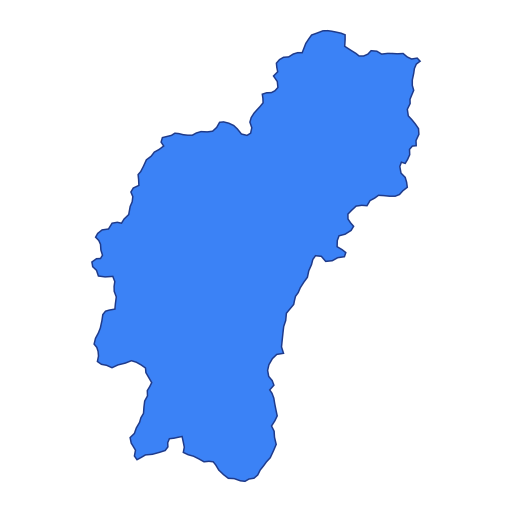 Abre Campo, Minas Gerais, Brazil
{"feature_id": "56859067B55300452667889", "entity_name": "Abre Campo", "entity_type": "district", "adm_level": 2, "iso_a3": "BRA", "parent_name": "Brazil", "parent_adm1": "Minas Gerais", "projection": "orthographic", "projection_center": [-42.441, -20.281], "detail": "fine", "context": "isolated", "style": "filled", "palette": "blue", "viewbox_px": 512, "rotation_deg": 0, "n_neighbors": 0, "source": "geoboundaries", "source_scale": "gbopen_adm2", "svg_char_len": 3494}
<svg xmlns="http://www.w3.org/2000/svg" viewBox="0 0 512 512"><path d="M420.1,61.2L417.2,58.1L411.6,59.0L407.3,57.0L403.1,53.5L397.3,53.8L392.7,53.5L387.7,53.4L381.6,54.1L376.8,51.2L371.1,50.7L367.8,54.2L363.6,56.0L359.1,56.0L355.9,53.4L350.9,50.3L344.7,46.3L345.1,39.6L345.1,34.8L341.1,33.2L336.1,32.1L331.6,31.2L327.8,30.7L323.0,30.8L317.2,33.0L311.6,35.0L308.7,39.0L305.8,43.4L304.1,47.8L302.2,52.7L297.6,52.7L293.3,54.0L288.7,56.9L283.5,57.3L279.5,59.6L276.4,63.2L276.8,67.3L277.7,71.8L273.5,76.0L277.3,81.5L277.9,87.5L274.9,90.8L271.4,92.6L266.5,92.8L262.3,94.2L262.9,98.2L263.1,102.8L260.0,106.6L257.1,109.7L254.0,113.2L251.2,117.6L249.9,122.1L251.8,127.8L250.6,133.2L247.0,135.4L241.4,134.0L237.3,128.9L233.7,125.5L228.8,123.2L223.6,121.9L219.6,122.3L216.7,127.4L212.6,131.2L207.3,131.9L201.0,131.6L196.3,133.0L192.3,135.2L187.6,135.2L183.2,134.7L178.8,133.6L174.9,133.2L171.4,135.4L166.9,136.5L162.4,137.6L161.1,142.1L163.7,146.0L159.2,149.4L154.3,152.1L151.2,156.2L146.4,159.8L143.4,166.4L140.7,171.6L138.1,174.6L138.6,179.5L138.9,185.4L133.3,188.0L130.9,192.0L132.8,196.6L132.2,201.8L130.2,206.4L128.7,214.6L124.1,219.0L121.5,223.2L117.3,222.3L112.1,223.2L108.5,229.0L102.1,229.9L97.7,233.4L95.6,237.2L98.8,240.5L100.5,244.3L100.9,250.1L102.5,255.2L100.5,258.5L96.5,258.7L91.9,262.0L92.7,266.7L96.5,270.3L98.4,276.0L105.1,276.9L112.8,276.4L114.8,281.5L114.1,286.4L114.2,291.3L116.3,296.9L115.4,303.7L114.9,309.1L109.2,310.1L105.5,311.2L102.8,314.6L101.9,320.8L100.3,328.1L98.4,332.9L95.5,338.3L94.1,344.1L96.8,347.4L98.1,351.4L98.5,356.1L97.4,361.5L101.4,364.3L106.6,365.3L112.0,367.7L118.0,364.9L125.3,363.1L131.4,360.7L136.3,362.2L141.1,364.9L145.5,368.0L145.9,372.6L148.8,377.6L151.7,382.6L149.8,386.5L147.3,390.6L147.5,395.9L144.7,401.0L144.0,406.6L143.5,413.4L140.9,417.8L139.6,422.3L136.3,428.0L134.4,433.4L130.1,437.6L131.2,443.1L133.4,446.7L135.5,450.2L134.4,456.0L137.0,459.7L141.4,457.3L145.5,454.9L152.3,454.3L159.3,452.4L165.2,450.5L167.9,446.9L167.7,442.7L169.4,438.7L173.9,438.2L178.0,437.3L182.1,436.5L183.3,442.2L184.3,447.2L183.3,452.4L188.1,454.7L193.5,456.2L198.7,458.8L204.0,461.8L208.9,461.3L213.2,461.8L215.7,464.9L218.8,470.1L223.5,474.6L228.3,478.3L234.2,478.6L240.4,480.8L245.0,481.3L249.0,479.0L254.0,478.2L257.7,475.0L260.2,470.0L263.8,465.5L266.4,461.9L270.2,457.8L273.5,450.7L276.2,444.4L274.5,437.3L274.1,431.2L271.5,426.0L274.9,420.7L277.2,415.9L275.8,409.2L274.7,403.6L273.8,398.1L272.0,393.3L269.7,389.9L273.9,385.2L272.2,380.6L268.7,376.4L267.6,370.4L268.9,364.7L272.4,358.6L276.8,354.4L283.5,353.3L281.5,346.9L282.2,340.0L283.0,332.5L283.7,326.5L285.7,320.5L286.4,313.2L290.3,308.5L293.7,304.4L294.5,300.4L295.5,296.3L298.2,292.6L300.3,287.7L303.8,282.2L307.4,277.3L308.8,270.7L311.5,264.6L312.8,259.5L315.5,255.7L321.3,256.3L325.7,261.4L332.3,260.7L337.7,257.7L344.4,256.7L345.8,252.6L342.3,249.8L337.1,246.7L337.3,240.5L339.0,235.8L345.1,234.2L351.1,230.4L353.6,226.3L350.6,222.9L348.0,219.0L347.9,214.1L351.5,210.4L356.1,206.1L361.7,205.3L367.0,205.7L370.0,200.6L374.8,198.0L378.5,195.3L383.7,195.6L389.6,196.2L395.2,196.2L399.5,194.5L402.9,190.7L407.3,187.3L406.6,182.2L405.2,177.4L401.0,173.1L399.8,166.5L401.4,162.2L405.2,163.4L407.5,159.6L409.7,154.7L409.5,149.4L412.3,146.1L416.2,145.7L416.0,140.6L418.9,134.3L418.5,128.6L415.4,124.1L412.1,120.0L408.3,115.9L407.3,109.3L410.1,103.6L410.0,99.3L411.7,95.1L413.7,90.3L412.3,85.4L412.3,80.0L413.7,73.4L414.4,68.5L416.3,64.1L420.1,61.2Z" fill="#3b82f6" stroke="#1e3a8a" stroke-width="1.5"/></svg>